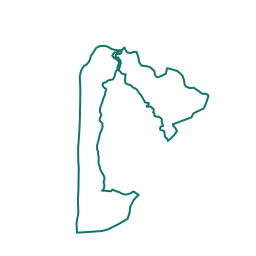 the district of Commonwealth, Grand Cape Mount, Liberia, rotated 68°
{"feature_id": "62588387B80584494728088", "entity_name": "Commonwealth", "entity_type": "district", "adm_level": 2, "iso_a3": "LBR", "parent_name": "Liberia", "parent_adm1": "Grand Cape Mount", "projection": "mercator", "projection_center": [-11.29, 6.738], "detail": "fine", "context": "isolated", "style": "outline", "palette": "teal", "viewbox_px": 256, "rotation_deg": 68, "n_neighbors": 0, "source": "geoboundaries", "source_scale": "gbopen_adm2", "svg_char_len": 3621}
<svg xmlns="http://www.w3.org/2000/svg" viewBox="0 0 256 256"><g transform="rotate(68 128 128)"><path d="M189.1,146.5L189.0,147.6L189.5,150.0L189.5,151.4L189.1,154.4L188.1,156.3L186.9,158.0L184.4,160.0L182.7,162.0L180.4,164.4L179.3,165.6L180.2,167.4L180.0,168.0L178.8,170.6L178.6,171.0L177.3,172.9L177.1,174.2L176.3,175.3L175.9,174.3L174.1,172.3L171.5,171.1L169.4,171.0L167.9,170.2L166.6,168.9L165.5,168.5L162.6,168.3L159.3,169.0L155.8,169.2L152.2,168.5L151.0,168.8L149.5,168.4L147.1,167.5L144.0,166.0L141.7,165.7L138.7,164.6L136.6,164.7L133.9,163.8L132.4,163.0L130.6,161.6L128.3,159.9L126.7,158.8L124.4,157.3L121.9,155.3L119.8,153.0L117.4,151.1L113.9,150.1L112.4,150.9L110.5,151.4L108.7,150.6L107.5,149.4L106.7,148.6L105.2,147.6L103.9,147.9L102.4,148.0L99.0,146.3L97.4,144.9L94.8,142.5L91.1,139.6L89.1,137.4L86.4,135.6L83.6,133.7L81.0,135.3L79.4,135.6L78.0,135.2L77.0,134.1L77.1,132.6L77.3,131.0L76.7,129.9L76.5,128.8L76.7,126.8L77.0,125.1L77.3,123.8L76.1,122.3L74.5,120.5L73.8,120.3L73.6,120.2L71.6,118.5L70.8,117.9L70.3,116.9L69.7,115.7L69.3,115.5L69.0,115.4L67.3,114.8L67.2,114.8L66.7,114.2L66.2,113.6L65.0,112.4L63.7,111.9L62.4,111.8L61.6,112.1L60.5,112.6L57.4,114.9L57.0,114.9L56.9,114.8L55.3,115.5L55.0,115.4L54.8,115.3L54.7,115.2L53.9,114.0L53.7,113.6L53.2,112.8L53.0,111.6L53.7,109.8L53.9,108.4L53.8,107.3L52.8,106.6L52.3,108.1L50.2,111.5L48.6,113.7L48.3,113.9L44.9,116.4L43.0,119.2L41.5,123.4L41.8,127.3L42.2,128.0L44.9,131.8L47.5,135.7L48.4,136.2L49.8,137.1L52.1,139.7L53.8,143.0L53.9,145.6L57.2,149.9L62.1,153.4L72.4,157.0L79.8,160.0L89.8,164.2L98.7,168.0L106.7,171.5L116.5,176.1L128.0,181.8L139.7,186.4L141.7,187.0L147.0,188.8L166.9,197.2L177.2,201.9L183.9,204.3L188.4,206.0L197.0,211.4L205.6,214.4L205.9,214.5L207.3,210.5L210.2,201.7L213.6,191.3L214.5,184.3L214.1,180.0L213.6,173.0L212.9,168.2L212.8,166.9L212.0,162.3L207.5,158.6L206.7,158.1L201.8,155.4L196.8,149.5L194.9,145.5L193.9,143.3L191.6,144.9L189.1,146.5ZM154.8,95.7L154.1,93.2L152.0,88.3L149.3,83.8L145.8,84.1L142.7,85.3L141.3,84.7L141.4,83.9L141.6,76.4L141.9,65.3L139.1,62.1L139.0,61.3L138.6,57.8L138.4,53.9L138.3,50.6L137.5,49.7L134.5,46.6L128.6,41.5L127.9,41.5L127.1,41.5L125.3,43.3L124.2,46.2L119.9,48.9L116.8,51.0L115.4,51.9L114.0,55.9L111.3,58.7L108.9,59.2L104.2,58.1L103.6,58.1L100.0,57.9L97.3,59.0L93.9,60.7L90.7,64.5L88.2,67.9L87.3,69.5L91.8,72.4L92.2,76.9L92.2,81.4L90.6,82.9L89.5,82.9L87.7,82.8L85.3,82.2L79.8,84.7L77.8,87.5L77.5,87.9L75.1,92.1L71.2,93.0L66.6,91.9L60.7,91.6L59.5,94.5L59.5,97.7L57.5,100.5L54.6,101.1L52.1,101.3L52.2,101.8L53.5,104.3L53.4,104.5L54.2,105.0L55.5,105.9L56.0,106.5L56.3,107.3L56.3,107.9L55.7,109.1L55.2,110.7L55.6,111.6L56.9,112.6L58.2,112.6L59.0,110.6L61.2,110.5L62.3,109.7L64.8,110.2L65.2,110.4L66.9,112.0L68.0,112.4L69.2,113.7L71.3,115.0L72.3,114.2L75.2,113.4L76.7,111.3L77.6,110.2L78.2,110.7L79.0,111.3L80.7,111.8L82.4,112.8L83.9,113.5L85.1,113.5L86.4,112.9L87.6,111.7L89.0,109.8L90.7,108.8L92.4,108.1L94.2,106.4L94.4,106.2L94.9,105.8L97.1,105.1L100.5,104.4L101.9,103.8L104.2,103.4L106.0,103.1L107.7,102.9L108.4,102.8L110.5,102.7L111.0,102.0L112.0,100.6L112.6,99.6L113.3,99.7L114.2,100.3L114.4,101.2L114.5,102.1L115.0,102.5L115.4,102.3L116.2,100.3L116.8,98.8L118.1,98.4L120.0,97.2L121.2,97.6L122.3,98.1L122.9,98.8L123.6,98.4L124.4,98.1L125.7,98.5L126.6,98.8L127.7,98.1L128.5,96.8L128.9,95.3L129.8,94.9L130.2,94.4L132.0,93.5L133.0,93.5L134.6,94.3L136.2,94.7L137.6,94.5L138.9,94.6L139.3,95.1L139.0,96.2L139.0,97.2L139.6,97.7L140.5,98.4L141.6,98.8L142.7,97.8L143.7,96.1L144.9,95.8L146.7,96.1L149.5,97.0L151.2,96.7L152.5,95.6L153.4,95.8L154.8,95.7Z" fill="none" stroke="#0f766e" stroke-width="2"/></g></svg>